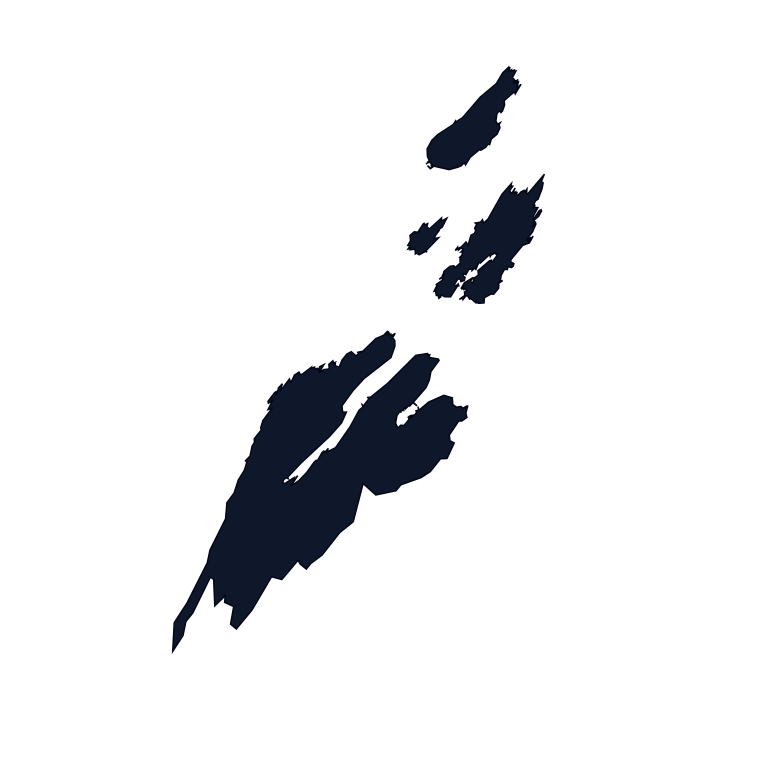 Sande nor, Møre og Romsdal, Norway, rotated 120°
{"feature_id": "86288312B47484772904149", "entity_name": "Sande nor", "entity_type": "district", "adm_level": 2, "iso_a3": "NOR", "parent_name": "Norway", "parent_adm1": "Møre og Romsdal", "projection": "equal_earth", "projection_center": [5.514, 62.239], "detail": "fine", "context": "isolated", "style": "filled", "palette": "ink", "viewbox_px": 768, "rotation_deg": 120, "n_neighbors": 0, "source": "geoboundaries", "source_scale": "gbopen_adm2", "svg_char_len": 6139}
<svg xmlns="http://www.w3.org/2000/svg" viewBox="0 0 768 768"><g transform="rotate(120 384 384)"><path d="M371.5,295.5L368.2,298.6L360.7,300.6L365.1,300.9L362.5,301.8L365.5,303.5L365.0,306.2L367.8,309.6L367.4,314.2L361.8,317.9L363.9,326.5L377.3,336.3L389.2,340.6L386.6,343.3L389.4,340.9L391.1,342.9L393.1,341.4L400.8,343.9L397.0,343.8L398.3,345.4L399.7,346.0L398.9,344.8L401.4,345.4L400.6,346.1L402.4,344.7L409.9,345.9L411.2,348.8L415.1,350.1L412.1,354.4L404.9,357.0L400.2,356.6L400.0,355.4L399.1,355.0L399.7,355.5L398.6,356.1L397.1,353.7L395.3,354.6L393.8,353.6L394.7,353.0L389.3,351.4L390.0,350.6L385.7,349.7L386.4,344.4L385.2,349.5L366.0,345.8L358.0,346.7L349.8,349.6L336.0,348.1L335.2,349.4L337.9,356.9L337.8,358.7L335.8,359.0L336.8,360.2L335.8,361.5L343.3,370.8L381.7,381.2L402.9,389.3L402.7,390.0L404.2,392.0L403.3,389.6L413.2,390.9L412.9,392.5L414.5,390.8L419.1,392.5L437.8,392.0L463.3,394.1L471.3,399.3L467.6,400.1L473.9,401.2L471.9,401.1L473.8,402.2L471.6,402.4L474.3,403.4L483.6,403.3L484.5,404.3L483.4,404.4L486.9,405.5L499.3,406.7L510.5,409.5L518.8,413.5L506.5,412.9L513.8,414.3L510.0,415.1L519.8,420.1L520.1,422.5L516.8,422.9L514.2,422.0L513.9,419.5L512.9,420.8L494.5,416.5L456.2,404.8L438.8,401.3L427.1,402.5L429.0,405.7L423.9,409.5L405.1,407.5L389.3,404.0L357.6,391.2L345.6,393.5L341.1,396.3L340.0,398.4L340.9,399.7L334.5,399.6L338.5,401.7L337.3,403.0L339.6,404.0L337.5,404.8L339.0,406.3L336.7,406.1L336.7,407.4L341.8,408.6L348.8,413.8L366.2,418.7L370.1,423.1L369.0,420.4L373.6,422.4L372.4,428.5L376.5,431.1L384.1,432.3L391.9,431.3L392.5,435.5L391.2,436.1L394.0,437.4L389.7,437.1L391.0,438.2L389.5,439.9L394.5,441.6L398.4,439.0L401.7,443.5L406.8,446.0L397.1,445.7L401.1,448.3L404.5,447.6L403.8,449.6L406.0,451.4L404.0,452.5L406.9,455.0L405.8,455.3L416.2,459.6L417.7,461.2L416.2,463.6L421.1,466.0L429.5,465.3L426.9,468.4L442.4,470.3L434.6,472.1L440.0,473.5L445.7,471.7L446.7,472.6L445.3,472.9L446.4,473.3L444.9,473.8L446.0,474.4L457.1,475.8L458.4,474.5L454.3,472.2L464.2,471.7L460.9,468.8L476.3,470.6L483.9,468.8L485.0,467.3L496.4,469.0L498.1,467.8L496.5,466.9L503.6,467.2L513.4,464.0L519.7,465.6L520.3,463.7L528.4,461.8L539.9,462.2L553.4,459.3L565.3,460.7L580.0,453.8L614.8,451.7L627.3,447.6L672.3,445.1L695.6,446.3L721.2,433.3L702.4,432.3L688.7,436.8L678.0,435.1L638.0,437.8L638.4,433.8L660.8,419.6L646.8,415.7L652.8,412.8L651.9,402.9L668.7,396.8L670.0,389.4L645.9,385.3L607.2,385.0L604.4,374.7L579.6,370.3L581.9,366.5L583.1,358.7L576.2,357.7L563.1,352.1L534.7,348.0L518.7,341.8L480.7,352.3L484.2,335.6L470.4,320.2L462.9,319.0L446.4,305.0L436.7,300.1L420.5,297.7L417.0,292.2L399.9,293.7L400.2,298.4L395.6,301.9L378.8,300.8L377.1,298.1L371.5,295.5ZM189.1,328.6L181.3,328.8L189.3,330.3L183.4,330.2L188.6,332.1L184.4,331.7L187.1,332.6L178.1,331.4L168.8,332.5L174.2,334.2L167.4,333.6L170.2,334.4L166.7,335.8L161.4,333.9L155.4,334.1L154.7,335.0L156.8,335.1L154.8,335.7L158.2,336.0L156.0,336.3L166.4,336.9L164.3,338.6L154.3,338.9L156.0,342.3L153.8,342.7L154.1,343.9L149.7,344.4L146.9,343.0L135.8,344.8L130.2,346.8L130.0,349.0L122.1,350.0L147.7,354.6L147.7,355.7L143.7,357.7L147.1,358.1L146.2,359.5L149.1,361.4L153.4,362.3L153.7,364.1L151.9,364.5L153.4,365.8L151.8,366.1L154.3,368.0L148.6,368.4L153.9,368.6L155.2,370.1L153.3,371.8L148.3,371.4L149.2,373.0L146.6,373.9L160.7,376.7L189.3,376.4L194.8,378.2L192.5,380.9L195.5,381.3L199.0,385.5L199.4,383.6L203.7,383.4L205.4,381.2L208.4,381.0L211.6,383.1L221.8,380.6L220.0,384.0L226.8,385.6L229.8,388.1L228.8,388.7L232.7,389.1L228.8,386.6L230.2,386.3L228.0,385.4L227.5,382.5L231.1,383.3L230.1,382.2L233.4,380.8L237.3,382.0L234.7,380.6L238.1,380.5L241.1,378.5L247.3,380.5L246.7,382.7L249.1,385.7L256.5,388.4L258.5,387.8L257.5,387.2L261.2,387.9L258.6,386.1L265.7,388.5L261.3,386.3L265.4,385.5L272.2,388.8L271.0,387.5L278.6,387.0L277.6,386.1L281.1,383.0L280.3,381.5L282.4,379.3L280.1,378.4L278.2,379.5L278.1,375.0L275.2,369.9L261.3,369.3L262.0,367.7L260.2,369.8L263.5,370.9L262.7,372.7L256.1,372.6L255.1,370.3L256.9,368.6L254.2,366.2L251.1,367.1L250.8,369.7L248.6,370.3L248.4,367.8L242.4,367.8L240.3,365.4L241.8,364.5L238.2,363.4L238.8,361.7L231.5,362.7L231.1,361.0L219.1,357.3L220.6,355.7L216.2,355.6L217.7,355.0L214.4,352.8L215.7,351.8L215.0,350.3L223.4,351.1L224.7,352.0L223.1,352.9L224.5,354.2L238.9,359.3L242.3,356.8L247.1,358.8L251.8,357.7L252.4,360.6L246.9,359.9L256.2,365.0L260.9,365.0L258.4,363.4L263.2,364.6L261.8,363.3L262.3,362.0L260.9,361.6L261.3,359.1L264.2,360.3L266.9,358.3L273.0,361.1L270.2,358.8L271.4,357.8L266.9,357.1L265.8,355.6L267.7,352.4L266.6,351.2L267.8,344.8L266.4,344.5L267.0,342.8L263.8,337.9L259.0,340.2L252.6,336.3L251.4,333.9L244.0,332.6L240.9,333.9L240.7,335.5L235.1,333.0L236.7,334.8L231.1,336.9L224.5,337.0L223.2,334.4L220.3,335.3L219.4,331.8L217.5,331.0L214.8,331.7L214.9,335.0L213.2,336.3L194.6,333.2L189.1,328.6ZM67.1,415.4L55.9,415.2L61.6,416.9L55.2,418.6L56.7,420.0L54.3,419.7L56.7,420.3L53.2,420.1L57.5,421.8L55.0,422.2L57.5,422.8L55.0,423.8L54.8,426.0L47.0,426.2L48.2,427.3L46.8,428.0L49.4,430.0L48.1,430.6L51.0,432.5L47.2,433.1L47.0,434.4L55.2,436.8L67.6,436.9L87.4,444.1L114.2,449.2L121.2,452.9L120.5,453.6L124.7,453.8L141.2,462.2L149.0,464.4L158.9,464.2L165.3,460.1L167.7,456.6L172.6,457.4L168.9,456.6L170.5,455.9L168.7,455.9L169.8,452.7L170.9,452.7L169.4,452.4L172.0,452.2L169.8,451.8L170.4,450.6L173.8,451.3L173.1,455.5L174.4,451.6L170.4,449.7L165.8,434.8L158.7,427.8L156.9,427.6L157.1,426.5L152.3,425.1L153.5,422.9L144.5,422.7L133.3,418.5L133.2,417.1L128.2,414.3L124.0,413.9L123.9,412.2L118.1,413.5L111.1,411.0L104.2,411.7L101.8,414.0L99.6,414.0L102.2,415.6L100.3,418.6L93.6,421.3L91.0,421.0L89.7,419.8L90.4,418.4L88.2,417.9L82.0,419.1L78.4,421.6L67.1,417.7L66.0,416.6L67.1,415.4ZM247.9,414.3L229.9,409.8L233.1,413.3L229.2,413.7L222.9,412.9L224.2,413.8L223.2,413.9L218.9,412.0L209.0,412.5L214.3,415.8L211.4,417.2L227.0,422.2L226.4,425.4L223.3,426.4L226.0,428.5L224.8,429.6L225.6,430.1L235.7,430.6L237.0,433.9L242.3,435.8L246.7,432.7L252.1,432.7L251.1,430.5L255.1,430.7L252.9,428.7L254.7,428.6L251.8,424.4L255.7,421.9L254.5,421.3L254.5,418.1L248.9,414.7L248.1,412.7L247.9,414.3Z" fill="#0f172a" stroke="#020617" stroke-width="1.5"/></g></svg>